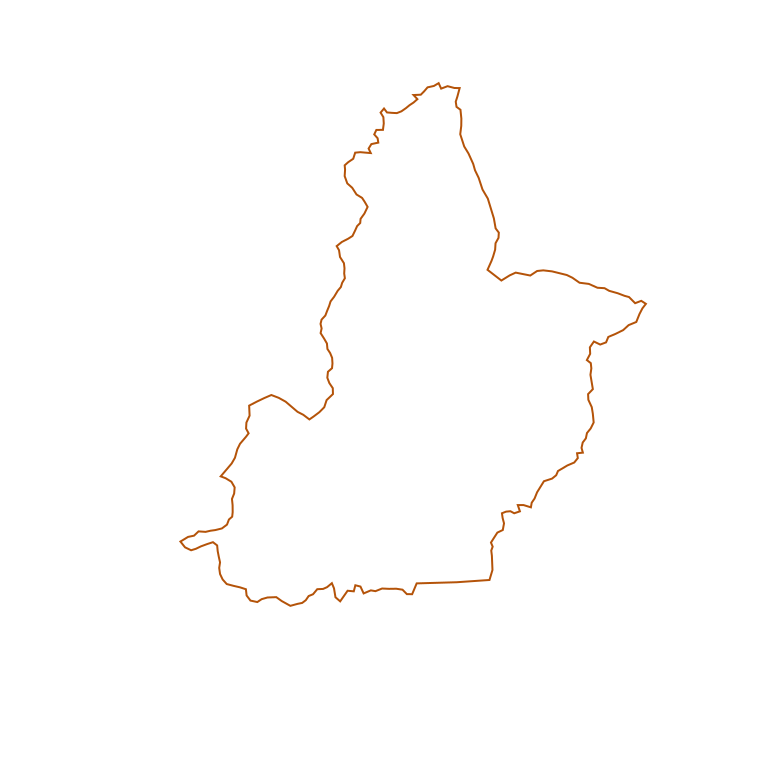 the district of Brasilândia do Tocantins, Tocantins, Brazil, rotated 323°
{"feature_id": "56859067B19084038387208", "entity_name": "Brasilândia do Tocantins", "entity_type": "district", "adm_level": 2, "iso_a3": "BRA", "parent_name": "Brazil", "parent_adm1": "Tocantins", "projection": "albers", "projection_center": [-48.445, -8.274], "detail": "fine", "context": "isolated", "style": "outline", "palette": "amber", "viewbox_px": 768, "rotation_deg": 323, "n_neighbors": 0, "source": "geoboundaries", "source_scale": "gbopen_adm2", "svg_char_len": 3514}
<svg xmlns="http://www.w3.org/2000/svg" viewBox="0 0 768 768"><g transform="rotate(323 384 384)"><path d="M147.0,470.2L147.0,476.6L151.6,481.9L156.8,482.2L162.5,484.4L169.7,489.4L171.7,495.8L175.7,504.8L182.7,507.6L186.9,509.6L191.4,509.6L196.2,508.0L200.8,509.2L207.2,507.7L212.0,511.0L216.3,512.0L222.5,511.7L221.1,517.1L216.9,525.1L218.2,531.2L230.5,527.2L235.1,531.4L240.0,527.5L243.3,531.6L241.7,539.0L249.3,540.9L252.5,544.3L259.4,546.2L264.7,550.6L270.6,554.9L275.0,559.4L275.8,565.6L280.0,568.8L290.1,562.9L322.8,586.1L350.3,604.0L358.7,597.8L366.8,586.1L369.4,581.6L372.9,579.3L374.0,575.0L379.1,573.1L385.1,570.9L391.0,572.1L396.0,567.5L398.1,562.4L400.4,558.2L404.7,559.4L408.4,561.7L410.2,565.6L415.9,567.5L418.0,561.2L422.6,564.7L427.1,570.9L430.5,567.7L435.3,566.1L441.1,562.6L453.2,557.9L461.3,560.7L466.6,560.5L470.6,558.2L481.4,559.4L488.7,561.2L494.2,559.8L496.5,555.5L501.5,558.5L503.3,553.9L507.5,550.3L512.5,548.9L516.6,545.3L522.3,543.9L528.3,540.9L532.9,533.4L536.0,527.5L537.7,519.6L540.9,514.9L547.7,513.8L554.4,500.9L559.0,496.3L561.7,491.8L560.4,487.0L566.8,484.0L570.5,478.6L577.2,476.4L580.4,482.6L586.4,484.4L591.5,481.4L599.0,483.3L607.5,484.9L614.8,484.2L622.8,486.3L630.1,481.9L635.9,479.1L641.4,477.6L639.5,472.4L633.2,470.6L632.0,462.0L629.2,458.4L625.3,452.2L619.9,445.1L617.8,440.2L612.4,435.6L607.8,427.3L601.1,420.8L598.4,412.5L595.6,407.0L586.0,395.2L579.6,389.1L574.3,385.9L566.1,385.4L556.2,374.3L549.8,372.9L540.0,372.0L535.4,355.1L543.9,350.4L547.8,347.9L553.6,343.6L557.8,338.7L563.4,336.2L566.8,332.2L566.8,326.9L571.4,317.9L578.5,298.4L579.7,288.0L583.7,276.2L585.3,268.1L587.7,261.9L590.2,250.8L591.0,242.6L595.2,230.4L601.0,224.4L605.5,218.6L610.1,211.0L608.7,206.3L611.2,201.7L615.6,198.6L622.5,193.2L618.4,190.0L614.0,184.4L607.4,182.5L608.7,176.6L603.2,176.0L597.3,173.3L592.3,174.4L587.5,175.1L581.5,171.0L582.1,176.6L577.0,177.0L572.2,176.7L567.6,176.9L562.0,176.7L557.3,175.4L553.6,172.3L549.8,168.9L549.8,164.0L544.6,165.2L544.1,170.5L540.6,175.8L536.1,180.4L530.8,176.5L526.4,178.8L526.8,183.9L524.7,187.8L518.3,184.8L513.4,186.7L512.4,191.6L508.7,188.3L504.6,184.6L500.2,181.9L495.0,185.6L489.0,185.3L484.2,185.7L481.9,189.4L477.7,194.3L475.4,201.7L476.7,208.2L476.1,216.1L478.5,222.2L478.2,226.9L477.5,232.7L470.9,236.1L464.7,238.0L461.9,241.1L457.6,241.7L453.2,244.1L447.9,246.8L442.8,246.4L435.9,245.2L429.2,245.4L428.6,250.1L425.3,256.1L424.7,263.4L422.1,267.8L418.7,271.8L416.4,276.0L411.5,278.0L407.9,280.6L403.1,281.7L396.7,284.3L391.0,285.9L387.1,288.7L382.7,291.3L378.4,294.0L372.9,295.0L369.5,297.8L367.6,302.1L364.0,305.2L363.5,311.6L362.8,317.3L359.9,322.0L359.6,326.9L358.3,331.9L355.2,336.6L352.0,340.1L346.6,340.5L342.5,344.9L340.9,350.4L340.6,356.5L337.2,361.3L333.0,361.8L328.5,362.3L322.3,366.6L315.4,367.6L308.3,367.6L303.1,367.4L301.0,360.0L298.2,354.2L294.8,338.9L291.6,331.7L287.4,325.0L280.0,323.2L272.1,321.6L263.3,320.1L257.6,328.4L250.9,332.0L247.0,336.6L246.2,341.9L242.0,343.1L233.0,345.1L227.5,347.9L220.6,353.2L214.5,355.8L198.0,359.5L200.8,363.9L203.3,370.2L202.5,376.7L198.4,381.3L193.4,384.3L190.2,389.6L186.0,395.3L182.9,398.6L178.6,398.9L174.0,401.8L167.6,401.8L161.3,399.1L157.2,396.8L152.5,394.7L147.2,390.1L141.0,390.8L135.5,388.2L126.6,387.3L126.8,394.7L129.9,400.7L134.6,402.4L140.1,403.5L146.4,405.4L152.2,407.4L153.6,412.5L150.6,417.4L148.1,422.5L145.7,427.8L141.7,431.7L138.7,437.1L137.5,443.0L138.0,449.1L142.4,454.7L146.6,459.7L150.2,464.8L147.0,470.2Z" fill="none" stroke="#b45309" stroke-width="2"/></g></svg>